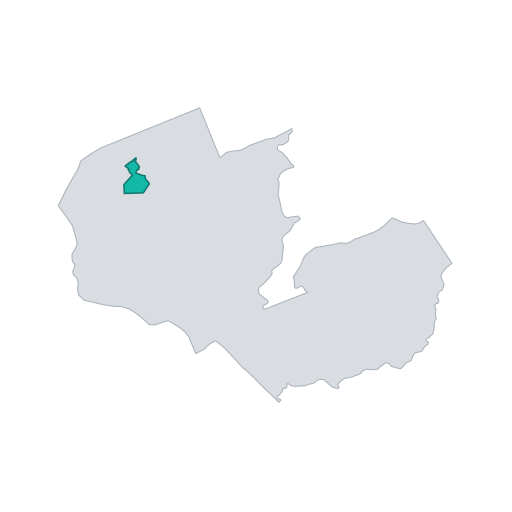 Mongu, Western, Zambia (highlighted), rotated 68°
{"feature_id": "96606910B8342530541372", "entity_name": "Mongu", "entity_type": "district", "adm_level": 2, "iso_a3": "ZMB", "parent_name": "Zambia", "parent_adm1": "Western", "projection": "equal_earth", "projection_center": [23.028, -15.443], "detail": "fine", "context": "in_parent", "style": "filled", "palette": "teal", "viewbox_px": 512, "rotation_deg": 68, "n_neighbors": 0, "source": "geoboundaries", "source_scale": "gbopen_adm2", "svg_char_len": 5865}
<svg xmlns="http://www.w3.org/2000/svg" viewBox="0 0 512 512"><g transform="rotate(68 256 256)"><path d="M323.9,348.5L306.0,348.6L299.5,350.5L294.1,353.3L287.7,357.8L283.9,361.0L282.9,362.7L282.4,366.5L282.3,372.5L281.6,376.7L279.6,380.6L269.9,385.3L263.5,389.2L257.3,393.7L252.5,399.6L249.3,406.9L243.9,415.9L232.6,431.9L226.1,434.9L220.7,434.2L214.2,430.9L209.0,430.3L205.2,432.4L201.6,431.7L198.4,428.3L195.7,427.1L193.5,428.0L190.7,427.9L185.5,426.0L181.1,420.3L178.7,417.9L176.8,417.0L171.5,416.1L159.2,414.8L146.5,417.6L135.3,420.5L123.9,407.8L112.9,394.2L110.6,390.8L106.5,386.3L103.5,384.1L102.3,383.0L99.3,370.9L97.7,359.8L97.5,252.7L147.9,252.7L151.1,252.3L151.3,251.1L149.0,245.4L149.1,243.3L149.7,239.4L151.9,231.6L152.1,229.0L151.1,220.6L151.2,215.8L151.7,206.2L151.4,203.0L152.6,198.7L153.0,195.8L153.5,194.6L152.9,191.3L151.9,179.9L151.3,175.1L154.3,175.8L155.3,178.2L155.9,180.7L157.3,180.9L160.9,182.4L162.1,184.5L162.9,189.1L162.4,191.4L161.3,193.3L162.4,195.0L164.8,196.1L166.3,195.8L170.3,192.7L174.1,191.5L176.0,190.7L184.3,188.6L186.0,187.5L187.2,187.5L188.0,188.4L187.2,191.7L187.0,194.6L188.0,200.0L188.8,202.5L190.5,204.4L191.7,205.3L193.1,207.3L196.0,206.9L202.4,209.7L204.4,211.0L207.1,212.3L209.0,212.7L215.5,213.7L222.5,215.2L226.1,215.4L228.7,215.0L230.5,214.2L231.6,213.3L232.1,212.6L234.7,202.3L236.1,201.4L237.8,200.9L238.8,201.9L239.9,208.4L244.9,214.2L246.6,219.2L247.8,223.4L248.9,224.5L250.8,226.0L253.8,226.5L256.6,226.6L270.1,233.8L271.5,235.1L273.2,239.0L274.1,243.3L275.2,246.7L276.9,247.4L278.5,247.6L280.0,250.0L281.2,252.0L285.1,260.5L285.6,263.8L287.6,266.1L290.2,267.0L292.6,267.2L294.0,266.2L297.5,264.4L300.2,262.4L302.2,261.7L303.3,262.1L304.2,263.5L304.8,267.7L306.7,269.2L308.1,268.6L308.6,266.9L308.7,266.1L309.1,221.9L307.8,222.2L306.3,223.5L302.7,223.6L301.3,224.6L300.8,226.0L301.1,227.8L301.1,230.3L300.6,231.5L299.0,232.0L296.8,231.0L292.6,229.7L289.2,229.0L286.8,225.7L283.5,220.7L281.3,218.1L276.1,212.9L275.2,211.9L273.6,209.4L272.3,205.3L271.0,200.5L270.3,197.4L271.6,192.7L274.8,177.3L275.5,172.6L278.1,167.7L278.3,163.3L277.3,157.8L277.6,154.7L278.1,137.1L277.4,131.5L275.7,125.3L272.0,116.7L272.0,114.9L277.9,109.3L279.7,107.2L282.7,102.6L284.8,98.8L286.2,95.7L286.6,91.6L285.7,87.8L287.7,87.0L336.2,77.1L336.9,79.7L338.3,84.1L339.9,87.3L342.0,90.2L343.8,91.9L344.9,92.4L352.4,92.2L355.1,93.9L357.4,96.1L357.9,99.5L359.5,101.6L361.1,103.3L361.8,103.5L363.0,103.1L365.0,103.0L366.9,103.8L367.8,104.5L367.8,107.3L368.4,108.6L370.9,109.1L373.5,109.3L375.9,111.2L378.6,111.6L381.7,112.4L383.1,114.4L386.4,116.5L390.4,118.4L394.8,121.5L394.9,122.5L395.6,124.4L396.4,125.7L396.5,127.6L396.8,129.4L397.9,129.9L398.9,130.0L399.8,128.7L401.0,128.7L402.2,129.6L402.7,131.6L403.7,134.4L405.3,136.3L406.4,138.2L406.0,141.5L405.2,144.6L407.4,147.7L410.3,150.5L411.1,151.8L411.2,156.1L411.7,157.5L413.6,161.1L414.5,163.5L414.4,164.8L409.1,171.9L405.8,172.9L404.4,174.4L403.5,175.9L405.5,182.9L406.6,185.5L405.6,188.9L403.5,194.5L402.5,195.0L402.3,199.3L402.9,200.9L403.9,202.1L404.3,205.0L404.1,212.2L402.7,220.4L405.0,227.5L405.8,228.3L409.1,228.3L409.6,228.9L408.8,231.0L406.4,234.1L402.2,236.5L396.2,239.2L394.9,241.8L394.0,245.6L394.7,247.7L395.5,249.0L395.2,252.3L394.6,255.7L394.7,258.4L394.4,260.9L393.6,262.0L392.5,265.7L391.2,269.3L390.1,270.9L388.6,272.7L386.2,274.1L386.2,274.9L388.9,276.5L389.6,277.7L389.8,278.5L388.7,280.3L389.9,281.4L391.4,282.4L392.8,284.8L394.4,289.3L394.7,289.8L395.1,289.9L396.0,289.4L397.7,287.5L398.9,286.9L400.3,289.5L375.1,300.7L369.2,303.0L360.3,307.0L357.5,308.5L355.2,309.9L331.8,318.7L328.1,320.4L319.8,324.9L319.5,325.6L319.6,327.7L320.3,331.9L321.6,335.7L322.8,337.9L323.5,343.6L323.9,348.5Z" fill="#d9dde1" stroke="#a8b0b8" stroke-width="1"/><path d="M123.7,343.6L124.4,343.2L127.0,341.6L127.4,341.4L127.5,341.3L127.8,341.3L127.9,341.5L127.9,341.8L128.0,341.9L128.0,342.0L128.2,341.9L128.2,341.7L128.3,341.6L130.8,341.9L134.7,340.4L136.9,344.8L137.5,345.9L138.0,347.1L139.9,350.8L140.3,351.8L140.7,351.9L146.6,353.9L148.7,354.6L148.9,353.9L151.1,348.2L152.8,343.5L154.7,338.3L155.3,336.9L151.1,330.7L149.7,328.6L149.4,328.1L149.0,328.0L148.2,327.9L147.9,328.0L147.7,328.1L147.3,328.2L147.0,328.3L146.8,328.4L146.5,328.4L146.0,328.5L145.9,328.6L145.5,328.7L145.4,328.7L145.3,328.8L144.9,329.0L144.4,329.3L144.2,329.5L143.8,329.5L142.1,329.4L140.9,329.0L140.0,328.9L139.8,329.1L139.5,329.6L139.1,330.7L138.8,331.1L138.2,331.7L137.3,332.6L137.1,333.0L136.3,333.8L136.1,334.1L135.3,334.9L134.5,335.8L134.1,336.1L133.6,336.0L132.1,334.6L131.6,334.1L131.6,332.0L131.5,331.8L131.4,331.8L130.3,332.1L130.1,331.9L129.8,331.1L129.8,330.8L129.4,330.8L129.0,330.8L126.6,331.4L123.3,332.3L123.3,332.5L123.2,332.5L123.1,332.3L123.0,332.2L122.9,332.2L122.7,332.2L122.6,332.3L122.5,332.2L122.5,331.9L122.4,331.7L122.2,331.6L122.0,331.4L121.9,331.3L121.7,331.3L121.7,331.2L121.4,331.0L121.4,330.9L121.2,330.8L121.0,331.0L120.9,331.0L120.8,330.9L120.7,330.9L120.4,330.8L120.4,330.7L120.2,330.6L120.1,330.8L120.1,331.0L120.2,331.3L120.3,331.3L120.4,331.5L120.4,331.8L120.4,332.0L120.4,332.3L120.5,332.4L120.5,332.5L120.7,332.8L120.8,332.9L120.8,333.0L120.9,333.3L120.8,333.5L120.8,333.8L121.0,334.0L121.3,334.0L121.4,333.9L121.5,334.0L121.5,334.3L121.6,334.6L121.8,334.6L121.9,334.8L121.9,335.0L121.8,335.3L121.9,335.5L121.8,335.8L121.8,336.0L121.8,336.3L121.8,336.5L121.7,336.5L121.8,336.7L121.8,336.8L122.0,336.9L122.0,337.0L122.0,337.3L122.0,337.5L122.0,337.8L122.1,338.0L122.0,338.3L122.2,338.5L122.2,338.8L122.3,338.9L122.3,339.0L122.5,339.1L122.5,339.3L122.5,339.5L122.6,339.8L122.6,340.0L122.7,340.3L122.7,340.5L122.6,340.8L122.8,340.9L122.8,341.0L123.0,341.3L123.1,341.5L123.2,341.8L123.2,342.0L123.2,342.3L123.3,342.5L123.2,342.6L123.3,342.7L123.3,342.8L123.3,343.0L123.5,343.1L123.6,343.3L123.6,343.5L123.7,343.6Z" fill="#14b8a6" stroke="#0f766e" stroke-width="1.5"/></g></svg>